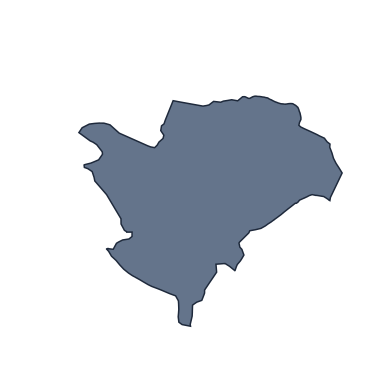 the district of Khamir, Amran, Yemen, rotated 116°
{"feature_id": "15242507B91488978109149", "entity_name": "Khamir", "entity_type": "district", "adm_level": 2, "iso_a3": "YEM", "parent_name": "Yemen", "parent_adm1": "Amran", "projection": "natural_earth1", "projection_center": [43.859, 15.999], "detail": "fine", "context": "isolated", "style": "filled", "palette": "slate", "viewbox_px": 384, "rotation_deg": 116, "n_neighbors": 0, "source": "geoboundaries", "source_scale": "gbopen_adm2", "svg_char_len": 4905}
<svg xmlns="http://www.w3.org/2000/svg" viewBox="0 0 384 384"><g transform="rotate(116 192 192)"><path d="M188.2,319.7L190.7,305.9L190.6,302.8L191.2,298.4L195.2,290.3L197.3,289.0L204.0,290.0L207.6,293.1L210.4,295.6L213.4,299.2L214.8,300.8L215.1,300.8L215.9,300.3L217.1,299.5L216.7,295.9L217.4,290.7L221.8,286.4L224.7,284.2L231.8,267.6L247.2,244.1L251.9,241.7L256.1,235.9L256.3,233.3L256.7,233.1L254.3,228.3L258.3,226.4L261.9,228.1L265.5,233.3L269.3,236.2L271.2,237.4L278.0,237.7L278.6,239.3L279.3,241.4L279.7,242.6L280.3,242.6L280.4,243.1L280.0,243.2L280.2,243.4L280.3,243.6L280.6,243.8L280.8,243.7L281.1,242.6L281.3,242.4L281.8,241.0L285.0,236.2L286.8,230.2L289.1,225.2L291.3,219.5L292.7,213.4L293.3,208.9L293.7,200.7L294.0,197.4L294.5,190.7L294.5,186.8L293.9,180.4L293.6,176.3L293.3,170.4L293.1,167.1L292.5,161.2L295.8,156.5L298.4,155.0L303.3,152.4L306.8,151.0L310.2,149.7L314.8,146.7L315.5,142.8L313.3,134.5L311.7,135.6L307.2,136.6L303.7,137.4L303.4,137.5L299.9,139.0L298.4,139.7L293.9,141.7L293.4,141.9L290.8,140.5L288.9,139.4L285.1,135.7L282.4,135.9L279.0,136.2L277.3,136.4L274.6,137.7L266.5,136.6L261.0,135.8L253.9,134.8L253.3,134.7L246.4,138.8L242.1,131.5L242.1,131.1L241.8,130.9L242.3,125.9L242.5,124.9L243.0,122.9L243.9,119.0L243.7,118.9L239.6,119.4L237.3,119.5L232.6,118.3L229.9,118.0L225.9,117.7L222.6,121.1L221.7,122.0L220.6,124.8L217.3,127.4L216.1,127.3L211.0,125.5L203.8,123.0L201.5,123.1L198.2,118.6L194.5,114.1L190.3,111.2L187.6,109.8L184.0,107.6L183.7,107.5L173.4,102.1L170.0,100.6L166.0,98.7L156.9,94.3L156.9,94.2L156.3,93.2L154.6,92.3L152.2,91.8L145.7,86.4L144.0,85.2L141.7,82.9L140.7,79.0L140.4,78.6L138.3,71.5L139.0,65.8L139.2,65.7L139.3,64.3L136.2,65.2L109.1,65.4L106.1,70.1L103.1,75.1L99.7,79.6L95.6,83.3L91.4,87.8L88.4,89.0L87.7,92.5L86.3,95.3L85.6,96.5L85.7,102.3L85.6,104.4L85.6,105.4L85.7,112.1L85.9,118.8L85.9,122.7L85.2,125.2L82.2,125.9L79.1,125.9L79.0,126.0L78.7,126.1L78.4,126.3L78.2,126.3L77.7,126.6L77.4,126.7L77.1,126.9L76.8,127.2L76.7,127.2L76.4,127.4L76.3,127.5L76.2,127.6L76.0,127.8L75.9,127.8L75.7,127.9L75.6,128.0L75.1,128.4L74.9,128.6L74.5,128.9L74.1,129.2L74.0,129.3L73.8,129.4L73.6,129.7L73.2,130.0L73.0,130.4L72.7,130.6L72.5,130.8L72.4,130.9L72.4,131.0L72.2,131.2L72.1,131.3L71.9,131.4L71.8,131.5L71.6,131.7L71.5,131.8L71.2,132.0L70.8,132.5L70.6,132.7L70.4,132.9L70.3,133.0L70.1,133.2L69.9,133.5L69.8,133.8L69.7,133.9L69.5,134.0L69.5,134.5L69.3,134.7L69.3,135.0L69.2,135.3L69.0,135.6L69.0,135.8L69.0,136.0L68.9,136.1L68.8,136.5L68.7,136.8L68.7,137.1L68.7,137.3L68.7,137.5L68.6,137.9L68.7,138.2L68.6,138.6L68.6,139.2L68.5,139.4L68.5,139.7L68.5,139.9L68.5,140.1L68.5,140.3L68.6,140.5L68.7,140.8L68.9,141.1L68.9,141.3L69.0,141.6L69.2,141.9L69.3,142.2L69.4,142.4L69.6,142.7L69.6,142.8L69.8,143.0L69.9,143.3L70.0,143.5L70.2,143.8L70.3,144.0L70.6,144.3L70.7,144.5L70.8,144.7L70.9,144.8L71.0,144.9L71.1,145.1L71.3,145.3L71.5,145.7L71.6,145.8L71.8,146.1L72.0,146.2L72.0,146.5L72.3,146.9L72.4,147.2L72.5,147.5L72.6,147.8L72.7,148.1L72.8,148.3L72.9,148.6L72.9,148.8L73.0,148.9L73.0,149.0L73.2,149.4L73.3,149.7L73.4,150.0L73.6,150.4L73.7,150.7L73.8,151.4L73.9,151.8L74.0,152.6L74.1,152.9L74.1,153.2L74.2,153.5L74.2,153.9L74.2,154.1L74.2,154.4L74.3,154.8L74.3,155.0L74.3,155.5L74.4,155.8L74.4,156.0L74.4,156.3L74.5,156.5L74.5,156.9L74.5,157.1L74.5,157.3L74.5,157.5L74.5,157.8L74.5,158.1L74.5,158.5L74.5,159.0L74.5,159.4L74.5,159.7L74.5,159.9L74.5,160.3L74.4,160.4L74.4,160.6L74.4,160.8L74.4,161.2L74.4,161.4L74.5,161.7L74.5,162.0L74.5,162.6L74.5,162.8L74.5,163.5L74.4,164.2L74.3,164.7L74.3,165.1L74.4,165.3L74.4,165.6L74.4,165.9L74.5,166.1L74.6,166.3L74.7,166.5L74.7,166.8L74.8,167.1L74.9,167.4L74.9,167.6L75.0,167.9L75.0,168.1L75.0,168.3L75.1,168.5L75.2,169.0L75.3,169.2L75.4,169.4L75.5,169.8L75.6,170.1L75.7,170.4L75.8,170.6L75.8,170.8L75.9,171.3L76.0,171.5L76.1,172.0L76.3,172.3L76.3,172.5L76.4,172.8L76.5,173.0L76.6,173.4L76.8,173.7L76.9,174.0L77.0,174.3L77.1,174.5L77.4,175.2L77.5,175.5L77.6,175.8L77.7,176.3L77.9,176.5L78.0,176.8L78.0,177.0L78.2,177.3L78.3,177.5L78.6,177.8L78.7,178.0L78.8,178.1L79.0,178.3L79.2,178.6L79.5,178.8L79.6,179.0L79.9,179.2L80.0,179.4L80.3,179.5L80.5,179.7L80.7,179.8L80.9,179.9L81.0,180.1L81.5,180.4L81.6,180.5L81.8,180.6L82.0,180.7L82.1,180.8L82.4,181.0L82.5,181.3L82.8,181.6L82.9,181.8L83.0,182.1L83.0,182.3L83.1,182.5L83.1,182.8L83.1,183.0L83.1,183.6L83.1,183.8L83.1,184.0L83.1,184.4L83.1,184.6L83.1,184.8L83.1,185.0L83.1,185.6L83.1,185.8L83.2,186.0L83.2,186.4L84.2,188.3L89.8,190.8L90.0,190.9L91.7,196.8L92.8,198.3L94.1,200.1L96.6,203.7L98.7,205.5L101.1,212.3L106.3,214.9L107.8,216.7L110.0,219.8L116.4,242.4L118.2,249.0L139.3,247.5L143.0,247.0L145.9,248.4L150.5,247.0L153.3,242.2L156.6,241.5L160.2,243.0L161.6,243.6L165.1,243.8L168.5,245.0L169.6,248.9L169.9,252.1L171.0,283.2L167.6,295.1L167.9,297.0L168.7,301.2L170.8,305.7L173.1,309.7L176.0,314.1L182.4,318.9L188.2,319.7Z" fill="#64748b" stroke="#1e293b" stroke-width="1.5"/></g></svg>